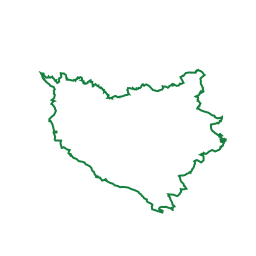 the district of Cristolt, Salaj, Romania, rotated 14°
{"feature_id": "2599482B97818467423140", "entity_name": "Cristolt", "entity_type": "district", "adm_level": 2, "iso_a3": "ROU", "parent_name": "Romania", "parent_adm1": "Salaj", "projection": "robinson", "projection_center": [23.442, 47.218], "detail": "fine", "context": "isolated", "style": "outline", "palette": "green", "viewbox_px": 256, "rotation_deg": 14, "n_neighbors": 0, "source": "geoboundaries", "source_scale": "gbopen_adm2", "svg_char_len": 5770}
<svg xmlns="http://www.w3.org/2000/svg" viewBox="0 0 256 256"><g transform="rotate(14 128 128)"><path d="M190.9,195.8L190.6,194.8L191.5,193.0L192.0,192.8L191.2,192.1L190.1,192.0L189.8,191.6L188.7,189.4L186.3,187.0L185.9,185.9L185.3,185.0L183.6,184.1L184.1,183.2L183.3,182.6L188.3,181.7L191.7,182.2L192.6,181.9L194.2,179.3L194.3,178.1L195.0,177.0L194.0,174.5L195.8,174.5L199.4,172.8L196.7,170.4L196.2,170.5L195.5,168.9L192.4,167.0L191.3,165.5L190.5,163.7L189.0,162.2L189.4,161.8L193.1,160.7L194.8,159.8L196.2,158.1L197.3,157.5L198.5,156.3L198.4,156.0L198.8,155.8L199.5,156.2L199.5,155.4L200.4,153.2L200.2,152.6L201.0,151.1L201.5,148.6L201.2,147.8L201.7,146.3L200.7,144.5L200.3,144.3L200.5,144.0L201.4,143.8L201.6,143.0L202.8,142.4L207.3,143.7L209.1,141.2L208.3,137.6L207.1,136.1L206.5,136.1L206.1,136.6L204.9,136.4L205.5,136.0L205.5,135.5L206.1,134.9L207.2,135.0L207.8,134.7L207.7,133.9L209.2,134.3L210.0,134.3L211.6,132.5L212.0,131.6L215.0,129.0L218.2,129.7L221.9,126.9L222.3,126.3L222.3,123.9L223.2,124.0L223.4,122.8L224.3,122.2L224.3,119.5L224.7,119.3L224.6,117.2L225.7,116.8L225.5,115.4L224.8,115.6L224.3,115.3L223.2,117.0L222.8,118.8L221.7,119.0L221.4,118.8L221.7,117.1L220.8,117.2L220.6,116.9L222.5,115.6L219.6,114.6L219.4,114.7L219.2,114.6L219.5,114.3L219.0,114.0L221.0,112.7L218.8,111.5L217.7,112.7L217.0,113.1L214.4,112.0L213.7,112.0L212.1,110.8L211.1,110.7L210.2,110.1L208.8,108.4L208.4,107.4L207.6,104.6L212.1,102.5L213.6,101.3L214.5,101.7L215.4,100.1L215.3,98.9L216.5,98.8L216.5,97.6L216.9,96.0L216.5,94.6L215.5,95.7L212.3,97.0L209.6,96.4L209.4,95.7L208.7,95.1L206.8,95.4L202.4,93.7L197.0,93.5L193.9,93.1L192.7,92.5L190.5,92.4L190.6,91.0L192.0,89.8L192.0,89.1L191.7,89.0L192.4,86.7L189.9,84.9L189.1,84.8L189.4,84.1L188.7,83.6L188.9,82.1L188.1,80.7L186.6,81.3L186.0,81.1L188.7,79.0L189.1,78.2L189.0,77.8L189.2,77.5L189.2,76.9L189.7,76.7L190.4,77.5L190.1,76.8L190.3,76.2L189.9,75.6L190.6,75.5L190.3,74.6L190.9,74.7L191.1,75.5L192.4,74.4L190.9,71.6L191.1,71.0L190.4,70.5L189.5,69.1L187.9,67.5L187.3,64.6L186.3,62.6L187.0,61.3L189.5,58.1L188.7,57.9L187.8,56.8L186.5,55.9L185.1,55.3L182.9,55.0L181.3,54.3L182.0,55.2L181.6,55.6L180.9,55.4L180.2,56.4L180.4,57.2L179.9,57.6L180.1,58.0L179.8,58.2L179.2,58.1L176.1,59.0L174.8,59.0L170.8,60.6L169.2,64.0L168.6,64.4L168.2,64.2L167.4,65.3L166.7,65.8L167.0,66.1L167.2,66.7L170.0,69.6L170.2,70.2L170.9,70.7L168.9,72.4L167.8,72.4L167.9,73.0L167.2,73.4L167.0,74.4L166.4,74.8L165.1,75.3L162.7,74.9L161.8,75.5L161.9,74.6L160.5,74.4L159.7,75.5L159.6,76.2L158.1,77.1L157.4,78.8L156.9,79.3L154.7,78.7L153.5,78.9L152.9,79.4L151.6,79.2L152.4,81.0L151.7,82.5L149.0,84.0L148.5,84.8L147.4,85.1L143.0,85.1L138.7,82.3L136.0,81.4L134.9,81.4L133.4,83.1L132.7,82.9L132.2,82.0L131.9,82.0L131.2,82.6L130.6,85.4L130.0,86.4L128.7,86.5L128.1,87.0L128.2,87.4L126.7,87.4L126.8,88.6L125.0,88.9L123.3,88.2L123.5,88.9L120.1,88.9L118.3,89.3L118.4,90.3L118.1,91.3L119.0,92.2L119.5,93.7L120.8,94.9L120.3,94.9L119.6,95.9L117.8,96.6L114.6,98.8L112.3,99.7L112.3,100.2L111.4,100.2L110.3,100.7L108.5,99.9L107.4,100.3L105.2,102.2L105.0,102.4L105.4,103.2L104.3,103.0L103.6,103.2L103.2,103.7L102.1,103.3L100.9,103.7L101.3,102.7L101.0,102.6L101.0,102.2L100.6,101.6L101.3,101.1L101.0,100.6L100.3,100.7L99.1,100.0L97.2,98.3L96.6,98.5L96.1,99.1L96.0,98.1L95.4,97.5L95.4,96.8L94.8,96.7L94.5,97.1L92.5,95.4L91.9,95.9L91.2,95.4L90.5,95.6L90.3,95.0L88.9,94.7L88.8,94.0L88.2,94.4L87.4,94.4L85.8,93.3L84.8,94.3L84.2,95.9L83.7,96.1L83.5,94.9L82.6,93.5L82.2,91.8L81.4,91.8L80.6,92.3L80.1,90.8L77.9,93.1L77.9,94.1L76.5,95.2L75.6,94.9L75.3,95.4L74.8,95.2L74.2,95.4L74.1,94.5L73.5,94.4L73.6,93.4L72.1,93.2L72.6,93.0L72.2,92.6L71.4,92.5L71.5,91.4L71.1,90.6L69.8,90.1L68.7,90.8L68.6,91.4L67.2,91.0L67.0,92.4L66.5,92.4L66.5,92.9L65.8,93.4L65.6,94.8L64.3,94.0L64.2,93.5L64.0,94.7L63.5,95.3L58.5,95.5L57.0,95.9L56.9,94.7L56.3,94.9L55.1,91.9L54.5,91.3L53.1,91.1L52.6,90.6L51.3,91.0L49.5,91.1L49.9,92.3L51.0,94.4L50.4,95.6L49.2,96.4L49.5,98.3L50.0,99.6L49.6,100.4L48.4,101.4L47.3,100.3L46.4,100.1L46.6,99.1L45.8,99.6L43.8,97.8L42.6,97.5L42.0,96.5L40.2,98.0L39.4,98.0L38.5,97.2L38.3,98.3L36.7,98.9L33.6,97.4L32.9,95.6L32.2,95.7L31.8,96.3L30.3,95.9L32.9,98.8L33.1,99.2L32.8,99.5L34.4,101.1L34.9,100.7L35.2,101.5L36.8,102.4L36.9,102.8L41.5,104.9L42.3,105.8L45.9,106.2L47.6,108.2L47.0,110.0L47.8,111.5L47.7,112.6L49.0,113.5L49.1,116.6L48.8,117.4L47.2,119.3L49.9,119.7L49.1,120.2L48.6,121.1L48.7,121.3L47.8,123.2L49.3,123.7L52.3,126.2L52.7,127.5L53.8,128.4L53.9,129.0L53.0,133.4L51.8,134.7L49.5,138.4L49.9,139.2L49.9,140.3L50.6,140.4L51.2,140.0L53.0,141.8L54.4,143.7L57.2,149.3L59.5,148.8L59.7,149.6L57.0,150.5L59.4,154.0L59.6,156.6L59.9,157.1L60.6,157.7L66.1,156.4L66.0,157.9L66.5,159.9L68.5,163.3L69.3,163.1L69.9,162.3L70.5,162.2L74.1,163.6L76.7,163.5L76.3,165.5L76.4,167.0L77.7,167.5L77.5,167.2L78.4,167.1L78.5,168.0L79.3,167.9L79.6,168.3L79.5,168.9L80.5,168.8L82.2,170.2L82.9,170.0L83.6,170.4L85.3,170.4L88.4,172.1L91.3,171.8L94.3,172.0L94.6,172.6L96.1,173.6L96.9,173.5L100.5,174.5L102.1,175.7L103.5,177.8L104.5,178.6L105.2,178.6L105.8,179.1L107.0,181.2L107.7,181.4L108.7,182.3L108.7,183.2L110.0,183.3L110.4,182.3L111.8,183.1L112.9,182.9L113.4,183.7L113.9,183.8L115.6,185.3L118.1,183.9L118.5,183.1L119.1,183.2L119.1,183.5L119.8,184.0L119.5,184.2L119.6,184.5L123.4,185.5L127.1,185.8L129.2,186.9L132.5,186.7L133.0,187.1L134.8,187.3L136.5,186.6L140.5,185.9L143.0,185.8L145.6,186.4L149.6,186.7L153.7,187.5L154.4,188.5L156.9,189.4L158.0,190.5L159.4,191.1L160.8,192.4L163.6,192.8L163.9,194.3L165.0,195.1L169.0,195.9L170.0,196.3L170.4,197.5L170.0,198.1L171.1,201.0L181.7,201.7L181.8,200.3L181.5,199.9L178.6,199.6L177.7,199.0L178.0,197.5L179.8,196.4L183.1,195.7L183.6,195.3L187.5,195.7L188.8,195.5L190.5,196.3L190.3,195.5L190.9,195.8Z" fill="none" stroke="#15803d" stroke-width="2"/></g></svg>